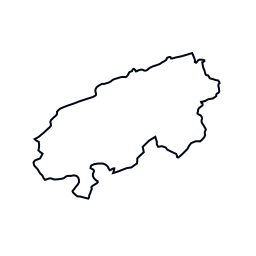 the district of Lyelchytsy, Gomel, Belarus, rotated 343°
{"feature_id": "67162791B62905803070856", "entity_name": "Lyelchytsy", "entity_type": "district", "adm_level": 2, "iso_a3": "BLR", "parent_name": "Belarus", "parent_adm1": "Gomel", "projection": "equal_earth", "projection_center": [28.18, 51.753], "detail": "fine", "context": "isolated", "style": "outline", "palette": "ink", "viewbox_px": 256, "rotation_deg": 343, "n_neighbors": 0, "source": "geoboundaries", "source_scale": "gbopen_adm2", "svg_char_len": 3699}
<svg xmlns="http://www.w3.org/2000/svg" viewBox="0 0 256 256"><g transform="rotate(343 128 128)"><path d="M192.9,161.9L193.4,161.7L195.2,160.9L196.4,160.2L197.4,159.6L198.3,159.0L199.1,158.0L199.6,157.4L199.7,156.7L199.8,155.8L200.2,154.5L200.9,153.5L201.9,152.4L201.9,151.1L201.6,149.9L201.3,148.7L201.0,147.4L200.6,146.2L200.2,144.6L200.2,143.6L200.6,142.1L201.3,141.2L201.7,140.2L201.8,139.1L201.5,138.4L201.2,137.3L200.6,136.6L199.3,135.5L198.7,134.5L198.9,133.7L199.8,132.6L200.4,131.0L201.3,130.0L202.7,129.4L203.7,128.9L205.1,128.5L205.9,128.1L206.3,127.2L206.2,126.1L205.5,125.3L205.5,124.3L206.6,124.5L208.6,124.7L210.1,124.7L211.3,124.3L213.3,124.0L215.3,124.2L217.6,124.6L219.0,124.2L220.5,123.8L221.8,123.2L222.1,122.0L223.0,121.1L224.9,120.8L225.9,119.8L226.1,119.0L226.2,118.3L226.6,116.7L226.6,115.6L226.7,114.3L227.0,113.2L227.7,112.3L228.7,111.8L228.7,110.4L228.1,108.9L226.8,108.3L225.2,107.3L223.7,106.2L222.1,105.3L220.8,104.4L220.5,103.4L220.2,101.9L219.8,101.0L218.5,100.4L217.9,99.8L217.9,98.2L217.9,94.8L217.6,92.0L217.9,89.3L218.2,86.9L219.0,86.9L220.6,86.4L220.8,85.5L218.7,84.3L216.3,83.5L214.6,83.8L213.8,84.6L212.1,85.5L211.2,84.5L211.7,83.3L211.9,81.6L211.3,75.1L208.7,75.1L206.4,75.1L204.0,75.1L200.7,75.1L197.3,74.8L194.2,74.5L192.0,74.5L190.4,74.4L189.4,74.0L189.4,72.7L188.1,72.1L186.1,72.3L185.5,72.7L184.6,74.0L182.2,74.8L179.1,75.4L177.0,76.1L175.2,76.2L172.8,76.3L170.0,76.3L167.9,76.6L166.3,76.9L165.0,77.3L163.8,78.0L162.3,78.3L160.8,78.1L160.1,77.6L159.2,76.7L157.6,76.0L155.9,75.9L154.5,75.9L153.2,76.3L152.0,76.1L151.9,74.6L150.8,73.1L149.7,73.3L148.5,74.8L147.7,74.8L146.4,74.9L145.2,75.3L144.1,76.6L143.5,77.2L142.0,78.3L140.6,78.7L138.9,77.9L136.8,77.4L136.5,77.3L134.4,77.3L132.5,77.3L130.0,77.3L128.0,77.4L126.4,77.9L125.0,78.5L122.7,78.9L120.5,78.9L117.9,78.9L116.5,78.3L115.5,78.3L112.3,79.0L110.0,79.8L108.7,81.0L107.8,82.3L107.5,83.8L107.4,85.9L106.9,87.2L105.5,87.7L103.7,88.0L101.4,88.1L98.7,88.1L94.4,88.2L89.0,88.3L84.7,88.7L78.2,88.9L73.3,89.2L70.1,89.5L68.5,89.8L66.9,90.5L64.9,91.6L64.7,92.5L63.8,94.4L62.0,95.4L59.8,96.3L58.5,97.0L56.6,98.0L55.4,99.7L55.4,101.3L55.0,103.3L53.3,104.4L49.8,106.0L46.2,107.8L43.0,109.1L40.1,110.4L35.5,111.3L36.6,113.2L38.6,115.1L38.1,118.1L37.3,120.3L35.8,123.3L37.0,125.3L38.8,127.6L37.0,129.4L35.0,131.4L31.7,131.6L29.6,131.8L27.6,133.2L27.3,136.4L29.6,141.2L30.6,145.6L32.3,148.5L32.6,151.1L33.5,153.4L34.1,153.3L38.4,153.2L39.7,153.7L42.5,155.7L46.7,156.7L50.3,157.2L52.0,157.2L54.7,156.2L56.6,156.2L59.1,157.1L60.9,157.3L61.7,157.3L63.6,158.0L65.0,159.1L65.9,160.9L65.9,163.3L65.3,165.4L63.7,167.2L61.2,168.8L58.7,170.6L56.5,172.1L56.6,173.7L58.5,176.9L59.6,178.6L62.2,179.5L64.2,180.8L67.5,182.8L69.4,183.9L70.4,182.9L71.5,180.7L73.0,179.1L73.7,177.9L75.3,176.1L75.6,175.1L75.7,173.8L77.3,172.9L79.5,172.4L82.0,171.7L83.2,171.1L83.4,170.1L82.3,168.9L81.1,166.9L80.6,165.4L80.4,163.5L81.1,161.4L81.8,160.7L82.9,159.5L82.9,158.3L82.2,157.1L80.4,155.5L80.8,154.5L81.9,153.1L85.1,152.7L88.0,153.1L91.0,153.8L93.8,154.8L95.1,155.8L96.3,157.1L97.0,158.3L97.4,159.1L97.5,160.4L97.7,161.2L98.0,162.5L98.3,163.1L98.7,163.1L100.6,162.6L101.6,162.4L103.1,162.6L102.7,163.7L102.0,164.5L101.3,165.9L100.6,166.7L102.5,166.8L107.0,166.6L110.6,166.3L115.2,166.0L119.7,166.7L123.7,165.3L126.2,164.6L127.3,162.0L128.0,159.8L130.7,158.3L133.6,156.9L136.0,155.8L136.3,153.3L136.5,150.4L144.3,146.3L151.5,144.4L151.5,146.7L151.5,149.8L150.8,151.9L151.3,154.8L155.1,155.3L158.4,157.7L159.1,160.0L162.2,163.0L164.5,165.1L166.5,166.9L166.7,168.6L166.5,170.2L167.2,170.9L169.9,170.0L174.1,167.9L178.6,165.5L181.3,162.8L184.0,160.9L188.9,160.5L192.0,161.4L192.9,161.9Z" fill="none" stroke="#020617" stroke-width="2"/></g></svg>